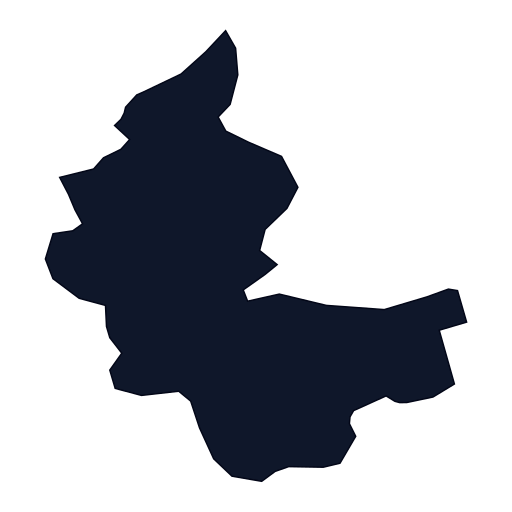 an SVG outline of Tukums
{"feature_id": "LVA-1092", "entity_name": "Tukums", "entity_type": "Municipality", "adm_level": 1, "iso_a3": "LVA", "parent_name": "Latvia", "parent_adm1": "", "projection": "natural_earth1", "projection_center": [23.127, 56.979], "detail": "fine", "context": "isolated", "style": "filled", "palette": "ink", "viewbox_px": 512, "rotation_deg": 0, "n_neighbors": 0, "source": "natural_earth", "source_scale": "10m", "svg_char_len": 991}
<svg xmlns="http://www.w3.org/2000/svg" viewBox="0 0 512 512"><path d="M457.5,290.6L466.6,322.1L439.2,330.2L454.4,384.0L433.0,397.0L406.8,402.5L399.7,402.6L394.9,401.3L386.1,395.9L353.6,410.6L350.0,416.9L349.4,423.7L355.7,436.3L340.0,463.2L323.3,467.2L288.7,466.6L275.1,471.4L261.7,481.3L232.0,476.2L213.7,458.8L199.5,427.8L190.7,401.1L178.7,391.2L141.5,395.4L115.2,388.4L109.8,370.1L121.8,353.2L109.8,337.7L106.5,326.5L105.5,305.4L79.2,298.3L53.0,278.7L45.4,259.0L53.1,233.7L72.8,230.8L82.6,223.8L75.0,209.8L68.5,194.3L59.7,177.4L93.6,169.0L103.5,157.8L120.9,149.3L129.7,139.5L114.6,125.5L121.0,119.3L124.2,113.1L125.6,107.2L136.8,94.9L143.0,92.2L181.1,74.0L205.8,51.8L225.6,30.7L235.6,48.2L237.8,74.9L230.1,104.4L218.1,117.0L225.8,131.1L248.7,142.3L281.5,156.4L297.9,187.3L286.9,208.4L265.1,229.4L259.6,250.5L277.1,264.6L265.1,274.4L243.2,289.9L247.6,301.2L279.3,294.1L326.3,305.4L384.3,309.6L426.9,296.9L448.4,289.1L457.5,290.6Z" fill="#0f172a" stroke="#020617" stroke-width="1.5"/></svg>